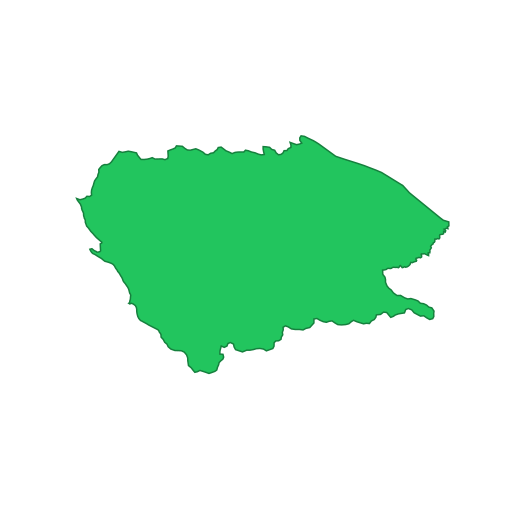 Rio Preto da Eva, Amazonas, Brazil (Equal Earth projection), rotated 117°
{"feature_id": "56859067B18065173941259", "entity_name": "Rio Preto da Eva", "entity_type": "district", "adm_level": 2, "iso_a3": "BRA", "parent_name": "Brazil", "parent_adm1": "Amazonas", "projection": "equal_earth", "projection_center": [-59.598, -2.513], "detail": "fine", "context": "isolated", "style": "filled", "palette": "green", "viewbox_px": 512, "rotation_deg": 117, "n_neighbors": 0, "source": "geoboundaries", "source_scale": "gbopen_adm2", "svg_char_len": 5827}
<svg xmlns="http://www.w3.org/2000/svg" viewBox="0 0 512 512"><g transform="rotate(117 256 256)"><path d="M387.4,257.7L385.7,255.7L383.4,254.0L382.9,251.1L382.4,247.8L382.0,244.6L380.2,242.8L377.5,240.3L376.2,239.6L375.3,239.2L372.7,239.8L370.0,239.9L367.7,240.5L365.2,239.7L363.0,238.7L360.8,238.9L358.6,240.8L359.8,243.7L357.0,245.0L352.0,246.1L351.8,242.8L349.4,241.0L346.7,241.3L344.7,239.5L344.7,236.0L346.9,234.3L348.7,231.7L347.6,224.5L344.1,221.5L342.7,218.7L340.5,215.8L338.5,213.7L336.6,210.6L335.5,207.0L335.8,203.7L330.8,199.0L328.2,199.0L325.1,200.5L322.7,199.8L321.2,197.3L318.9,195.9L316.7,196.6L314.1,196.4L312.0,197.9L309.5,198.2L307.2,199.5L304.9,198.1L304.5,195.1L304.9,191.4L303.6,187.6L301.7,183.9L300.5,180.5L297.9,178.7L295.3,175.6L289.4,174.0L285.8,175.8L284.0,173.3L284.2,169.8L284.0,166.3L283.1,163.2L281.0,161.2L279.3,158.8L279.8,155.2L280.0,152.0L278.6,148.6L276.4,145.0L274.2,142.5L271.1,141.2L269.0,139.9L268.8,136.3L267.6,129.4L265.8,127.1L264.7,124.3L261.5,123.7L258.9,121.8L256.2,121.4L253.8,122.0L251.5,118.5L248.1,116.9L247.0,113.9L249.5,108.1L247.4,106.2L245.3,105.1L242.8,102.7L239.3,97.9L235.7,98.3L233.6,96.4L233.3,92.8L234.8,89.3L234.9,82.2L233.1,79.4L233.6,75.7L233.7,72.4L231.6,70.1L229.2,70.1L226.5,71.6L224.3,72.4L222.4,75.8L223.1,78.9L222.3,81.7L222.4,85.0L223.5,88.1L222.5,91.3L222.8,94.4L223.6,98.7L225.4,101.3L225.8,104.7L225.5,109.3L226.4,110.9L227.2,112.5L226.5,116.9L224.9,120.1L224.4,123.0L223.2,125.7L220.6,128.7L218.2,129.9L216.3,131.5L214.8,134.7L211.1,136.8L210.4,135.7L209.7,134.8L208.9,133.9L207.3,133.1L206.6,131.9L206.3,130.8L205.5,129.8L204.5,129.3L203.6,128.4L202.7,126.2L202.0,125.2L201.8,123.8L200.9,123.4L199.8,123.5L199.0,123.1L199.4,121.9L200.0,120.4L199.2,119.5L198.1,118.8L198.1,117.6L196.9,116.3L195.7,115.6L194.4,115.1L193.5,114.9L192.6,115.1L191.4,115.1L191.0,113.7L189.9,112.9L188.9,111.9L187.9,110.8L186.9,110.9L186.3,112.2L185.3,112.3L184.6,111.4L183.3,110.2L182.9,108.6L181.7,108.0L180.6,108.5L180.0,109.4L179.1,109.6L178.5,108.3L177.5,107.1L177.4,105.7L177.4,103.7L177.3,102.4L176.4,102.8L175.8,103.7L174.9,104.0L174.3,102.6L173.1,103.0L171.8,103.8L170.3,103.6L169.1,103.5L168.1,104.8L166.8,104.5L165.8,104.3L165.0,103.7L163.8,104.0L162.7,103.3L161.8,103.3L160.7,103.9L159.7,104.3L159.1,103.0L158.0,102.1L157.7,100.7L156.4,100.5L155.4,101.1L154.5,101.7L153.5,101.8L152.7,100.8L151.8,99.5L151.0,99.0L148.9,100.0L148.9,98.3L147.4,98.4L146.7,100.5L146.1,99.7L144.9,99.1L144.5,97.4L143.7,98.0L143.1,98.7L141.6,97.8L138.1,99.7L139.1,105.3L138.5,108.8L130.0,148.2L128.8,151.2L128.4,152.3L126.6,157.1L124.6,182.0L125.0,187.8L125.5,192.5L125.9,196.2L126.3,200.4L127.4,207.8L129.5,220.3L131.0,230.2L129.5,239.6L127.7,250.9L127.4,254.1L127.2,257.2L127.3,259.9L127.4,263.5L127.4,267.1L128.5,270.4L130.9,270.6L133.1,269.4L134.6,266.5L136.5,268.0L138.4,270.4L138.8,273.3L139.3,277.2L140.1,276.4L141.3,275.2L143.5,274.2L145.7,276.0L148.0,276.3L149.4,278.8L151.7,278.7L154.0,279.7L155.6,281.9L155.0,284.8L153.3,287.4L153.9,290.4L153.0,293.2L154.1,296.5L155.3,299.3L157.5,298.2L159.7,296.5L161.8,294.7L163.5,297.2L164.2,300.1L164.5,303.8L165.4,307.2L165.7,310.6L166.5,313.4L168.9,314.1L170.2,316.7L171.6,319.3L173.2,321.7L175.6,323.8L175.6,326.9L175.9,330.5L175.3,333.6L174.8,336.5L176.5,338.9L178.8,338.9L180.9,340.0L183.3,340.7L185.1,343.1L187.5,344.5L188.4,347.2L187.6,350.4L187.5,355.1L187.8,358.3L189.7,360.5L191.6,362.6L192.7,365.3L192.4,368.4L191.7,371.4L192.8,374.1L194.0,376.9L196.3,377.0L198.4,378.6L200.3,380.4L202.4,382.2L204.8,380.8L207.0,379.5L209.2,378.9L211.5,380.8L212.1,383.7L214.1,387.4L215.5,390.0L215.5,393.1L217.4,394.9L219.1,396.9L220.8,399.5L222.2,402.4L220.0,407.3L218.4,409.3L219.7,414.4L220.6,417.4L222.6,419.8L224.4,422.2L225.0,425.6L235.6,427.2L237.8,427.5L240.3,428.4L242.2,430.1L243.4,432.6L245.4,434.2L247.8,434.9L250.3,435.4L252.7,434.0L255.0,433.8L257.4,433.1L259.9,433.6L262.4,433.9L264.7,433.5L267.0,433.0L269.6,432.8L271.9,432.4L274.2,431.5L276.4,430.1L278.5,431.2L279.6,433.8L281.9,434.4L283.9,436.2L285.8,438.4L286.2,441.9L287.2,440.7L288.1,439.0L288.9,437.3L289.6,435.9L290.7,434.7L291.6,433.6L292.5,433.2L293.4,432.4L294.3,431.5L295.0,430.4L295.7,429.7L296.4,428.9L297.3,428.5L298.4,427.8L299.4,426.8L300.3,426.1L301.2,424.7L302.4,423.9L303.3,423.5L304.2,422.6L305.2,421.5L306.2,420.5L306.8,418.9L307.2,417.9L307.9,416.6L308.5,415.4L309.0,414.5L309.5,413.1L310.1,411.3L310.7,410.0L311.1,408.9L311.6,407.7L312.1,406.2L313.7,399.6L314.7,399.4L315.9,400.3L318.4,398.9L322.0,396.8L323.0,397.1L324.1,398.3L324.8,399.4L324.5,400.6L324.6,401.7L324.6,402.9L324.3,404.2L324.0,405.5L325.4,407.1L326.3,406.0L327.0,404.8L327.5,403.9L327.9,402.4L327.8,400.9L327.8,399.8L328.0,398.1L328.2,395.8L328.3,393.9L328.4,392.5L328.7,391.3L329.0,389.9L329.3,388.2L329.0,386.9L328.7,385.3L328.5,384.2L328.2,381.4L328.3,379.7L328.8,378.3L329.3,377.3L330.2,376.1L330.8,375.1L331.6,373.4L332.6,372.1L333.1,370.7L334.0,369.1L335.1,367.5L336.0,365.9L337.0,364.6L338.0,363.6L338.8,362.6L339.4,361.4L339.9,360.1L340.5,359.0L341.3,357.6L342.0,356.2L343.1,354.7L344.3,353.5L345.5,352.5L346.4,351.7L347.0,350.7L347.8,349.8L349.0,349.4L350.0,349.0L350.9,348.6L351.7,348.3L352.9,348.1L354.2,347.7L355.1,347.5L355.9,347.9L356.0,346.6L354.8,345.8L354.5,343.9L354.7,342.2L355.0,340.9L356.3,339.1L357.4,338.3L358.1,337.8L359.0,337.4L360.1,336.7L361.5,335.7L362.5,334.8L363.6,333.8L364.9,332.0L365.6,330.4L365.9,329.3L365.8,327.9L365.9,326.7L365.9,325.5L366.0,322.5L366.2,320.4L366.2,318.7L366.2,317.6L366.2,314.5L366.2,312.6L366.2,311.2L366.2,310.0L366.8,308.5L367.5,307.9L368.2,306.5L369.0,305.1L371.4,303.7L372.5,300.7L374.3,298.2L375.0,295.2L376.7,293.1L377.6,289.6L377.0,285.3L375.5,282.2L374.3,279.5L374.2,276.3L375.6,273.0L377.8,270.6L380.3,269.2L384.3,266.4L385.0,263.0L386.3,260.3L387.4,257.7Z" fill="#22c55e" stroke="#15803d" stroke-width="1.5"/></g></svg>